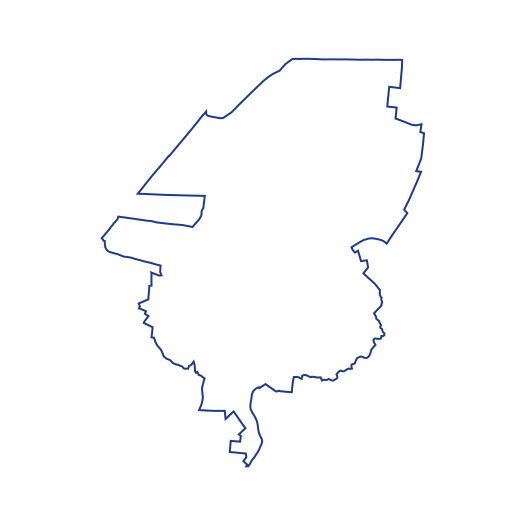 the district of Oluta, Veracruz, Mexico, rotated 6°
{"feature_id": "50627088B82247069447552", "entity_name": "Oluta", "entity_type": "district", "adm_level": 2, "iso_a3": "MEX", "parent_name": "Mexico", "parent_adm1": "Veracruz", "projection": "natural_earth1", "projection_center": [-94.896, 17.896], "detail": "fine", "context": "isolated", "style": "outline", "palette": "blue", "viewbox_px": 512, "rotation_deg": 6, "n_neighbors": 0, "source": "geoboundaries", "source_scale": "gbopen_adm2", "svg_char_len": 5680}
<svg xmlns="http://www.w3.org/2000/svg" viewBox="0 0 512 512"><g transform="rotate(6 256 256)"><path d="M158.8,165.6L153.6,173.5L152.7,174.8L150.1,178.8L149.6,179.4L146.0,184.7L145.1,185.9L144.6,186.7L143.4,188.5L139.4,194.6L137.1,198.4L135.5,200.9L133.4,204.1L131.9,206.4L140.7,205.8L152.7,205.1L154.8,205.0L160.7,204.6L180.1,203.1L187.2,202.5L198.8,201.6L198.7,208.0L198.6,214.0L197.5,215.8L197.2,217.9L197.5,219.9L197.3,221.8L196.0,224.7L195.7,225.4L189.8,233.8L186.1,233.4L185.8,233.4L180.2,232.9L174.6,233.0L173.9,233.0L170.3,233.1L165.4,233.1L154.3,233.0L151.9,232.7L148.1,232.2L143.5,232.3L142.0,232.2L127.4,231.6L124.3,231.5L115.0,231.2L114.4,233.9L112.5,236.6L110.8,238.8L110.7,239.2L110.4,239.9L108.8,242.0L107.1,245.1L103.4,250.5L103.2,250.9L100.7,254.4L103.0,256.8L104.0,256.9L104.2,258.5L104.4,259.6L105.2,263.1L106.8,265.4L107.3,266.1L109.1,266.9L110.4,267.4L114.7,268.1L118.2,268.6L124.4,270.4L124.5,270.4L129.8,270.5L133.2,270.9L136.2,271.6L140.8,272.2L144.5,272.9L147.5,273.3L149.9,273.6L152.4,273.9L153.6,274.1L156.4,274.7L162.1,275.5L162.3,281.4L162.5,282.2L164.0,285.1L161.6,285.6L156.5,284.2L153.6,283.4L153.8,284.0L154.0,284.8L154.0,285.1L154.5,290.6L155.2,296.4L153.0,296.9L153.2,300.1L153.4,310.1L153.5,310.4L144.3,315.5L145.8,318.3L145.1,320.3L146.2,320.5L152.3,322.4L152.3,322.6L151.5,325.0L155.3,327.0L151.7,333.1L151.4,334.3L160.6,337.6L160.7,341.8L160.7,343.6L160.5,347.8L162.0,348.0L162.9,347.8L164.1,349.9L165.3,352.7L167.1,355.2L169.7,357.7L171.4,359.4L172.1,360.5L172.9,361.7L174.8,365.6L177.9,367.5L181.5,368.5L184.5,371.1L187.6,372.2L189.9,372.3L191.9,373.1L194.2,373.6L195.0,374.6L196.3,375.5L197.9,375.4L199.1,375.3L200.3,375.1L200.8,372.5L202.5,371.4L203.3,370.5L205.0,367.5L206.3,370.6L207.3,375.9L207.2,376.5L208.3,378.2L209.0,378.4L209.4,377.9L209.8,377.5L210.8,379.0L211.4,380.2L214.1,380.9L215.4,382.0L217.7,383.1L217.0,386.2L216.7,388.9L216.3,391.3L216.2,393.1L216.4,394.9L216.6,396.0L216.8,396.8L217.3,399.3L218.0,402.3L217.8,404.5L217.7,407.0L217.1,410.0L215.5,415.2L221.9,414.9L230.6,414.4L237.1,413.7L241.1,413.3L242.8,421.3L246.9,416.5L250.0,412.9L255.3,419.1L258.5,422.8L262.1,426.9L263.5,428.4L257.6,435.2L259.1,436.2L259.7,436.5L259.6,442.3L250.2,442.5L250.4,453.4L250.4,453.7L256.8,453.6L259.7,453.6L266.6,453.5L267.4,457.1L264.9,461.4L269.2,464.5L268.3,466.2L270.3,466.0L272.0,462.7L272.7,460.9L274.1,458.3L275.5,456.2L276.5,454.1L277.6,452.2L279.3,448.2L280.4,444.8L281.4,441.5L281.5,439.2L280.8,437.3L279.5,435.4L278.4,433.6L277.3,431.3L276.7,429.4L276.0,426.9L275.5,424.5L274.8,422.0L273.8,419.5L272.5,417.3L271.1,415.2L269.6,413.3L268.4,411.6L267.0,409.4L266.3,407.6L266.0,405.6L266.0,403.0L266.2,400.2L266.3,398.4L266.4,396.0L266.5,393.8L267.0,391.7L267.8,390.1L269.4,388.3L271.4,386.8L272.6,386.3L273.1,387.1L278.9,382.4L289.5,388.4L290.5,388.6L293.3,387.6L293.6,387.9L299.6,387.9L305.8,387.8L305.8,382.8L305.8,382.1L305.8,378.2L305.8,376.6L306.3,373.0L306.3,372.4L309.6,372.0L311.7,372.3L312.9,373.1L314.2,373.4L314.4,371.8L314.5,370.3L315.4,369.7L316.4,369.3L318.2,369.3L320.2,369.8L322.7,370.9L324.1,370.3L326.0,370.1L327.2,370.3L329.7,370.4L333.0,370.0L333.7,371.3L334.6,372.9L335.7,372.1L337.5,371.9L337.6,372.0L338.8,372.1L339.6,371.7L341.2,370.7L344.4,371.9L345.9,371.8L349.3,369.2L349.6,368.5L349.5,367.3L348.4,365.3L350.2,362.6L352.1,361.0L354.0,361.6L355.6,361.4L359.6,358.3L362.0,358.4L363.2,358.1L362.3,355.4L362.4,354.0L365.5,352.5L365.7,351.2L366.1,349.9L367.1,347.1L369.2,345.8L370.8,345.0L372.8,345.2L374.1,345.9L376.5,345.9L377.8,345.1L379.2,343.2L380.0,340.4L380.6,336.9L382.1,334.6L384.1,332.0L382.7,330.0L381.6,327.6L381.8,326.7L383.0,325.5L384.7,325.7L387.5,325.5L388.7,325.1L388.9,324.1L389.1,322.4L390.6,322.5L391.9,321.3L391.7,319.3L390.0,318.3L389.4,316.7L389.0,315.6L387.3,314.5L387.0,313.2L387.6,311.7L386.6,310.5L385.8,309.5L385.4,307.9L382.2,305.9L381.8,303.9L379.4,300.7L381.4,298.0L382.7,296.3L385.8,292.3L386.0,289.7L386.4,288.8L385.9,287.9L385.4,287.0L385.1,285.9L385.2,284.3L384.3,283.5L383.1,281.0L382.8,277.0L377.2,271.3L365.0,262.3L364.6,262.0L368.7,255.6L368.5,255.0L366.7,248.7L361.0,250.1L356.9,240.1L354.0,242.2L351.6,240.0L350.8,238.6L350.6,238.3L350.1,237.3L350.3,237.1L356.9,232.0L361.7,228.6L363.3,228.2L365.1,227.3L366.8,226.7L370.0,226.2L373.7,226.4L376.8,226.7L379.2,227.2L381.1,227.8L382.8,228.7L384.7,230.1L388.7,222.1L396.9,207.0L402.0,197.6L401.1,196.7L399.9,195.8L398.5,194.4L402.0,185.2L404.7,176.6L408.5,164.8L411.3,154.9L411.2,154.9L406.5,154.9L406.8,153.7L410.1,141.8L410.1,141.7L410.2,137.7L410.4,128.4L410.4,126.4L410.3,116.3L406.5,115.6L406.8,107.7L402.5,109.1L399.2,109.4L396.1,109.0L395.0,108.6L390.6,107.3L381.4,104.9L380.4,104.7L380.4,93.7L370.9,93.6L370.8,73.8L381.8,74.0L381.4,52.8L380.9,45.8L378.1,45.9L371.8,46.6L367.4,47.1L363.1,47.5L356.9,48.0L352.9,48.4L352.5,48.5L349.7,48.8L347.4,49.0L343.7,49.4L340.9,49.7L340.5,49.8L339.2,49.9L338.2,50.0L325.3,51.0L325.0,51.1L322.0,51.4L311.7,52.4L301.1,53.6L300.8,53.6L297.3,53.7L287.6,54.4L284.8,54.7L278.6,55.4L278.6,55.5L274.8,55.8L274.0,55.9L273.7,56.0L272.8,56.0L272.4,56.1L271.7,56.2L267.3,60.1L265.4,61.9L262.5,65.8L260.2,69.2L253.8,73.1L250.2,76.1L249.1,77.1L247.4,78.8L245.6,80.6L243.8,82.7L240.1,87.0L236.0,91.9L235.1,92.9L232.5,96.1L231.6,97.2L221.7,109.2L220.4,111.1L219.3,112.3L216.6,115.7L208.7,122.3L205.8,122.7L198.8,122.2L196.6,122.0L195.1,121.8L193.5,121.5L192.7,121.2L192.0,120.4L191.5,119.3L191.4,118.2L191.3,117.5L190.2,119.2L188.6,121.5L188.4,121.4L187.8,122.4L186.2,124.9L184.4,127.8L184.1,128.3L182.7,130.5L182.4,130.9L181.3,132.7L177.2,138.9L176.5,140.0L175.2,141.9L167.5,153.3L166.8,154.3L159.4,165.4L159.1,165.8L158.8,165.6Z" fill="none" stroke="#1e3a8a" stroke-width="2"/></g></svg>